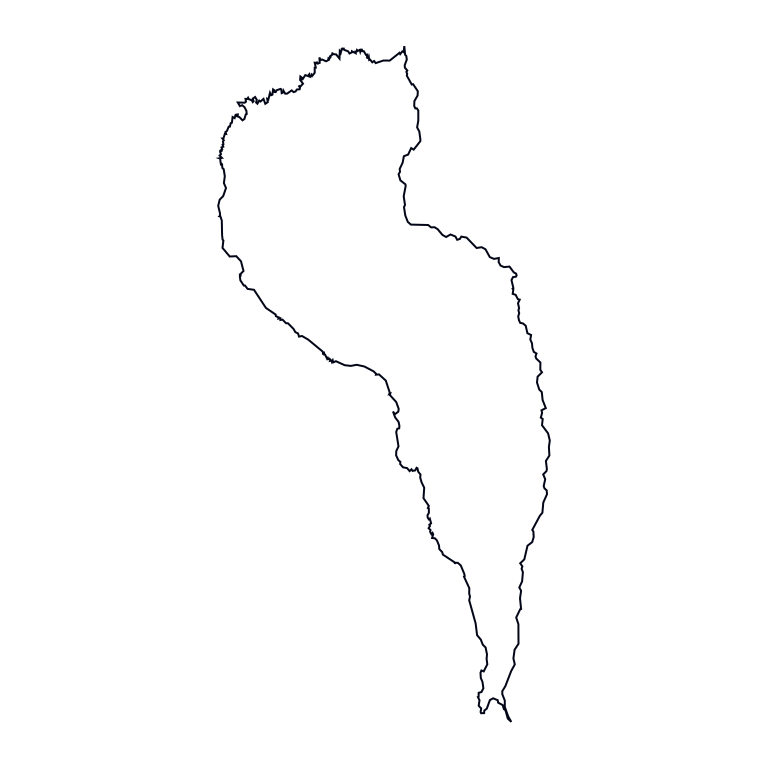 outline of Sao Francisco De Assis, Tarrafal de São Nicolau, Cabo Verde
{"feature_id": "66160863B96931694342339", "entity_name": "Sao Francisco De Assis", "entity_type": "district", "adm_level": 2, "iso_a3": "CPV", "parent_name": "Cabo Verde", "parent_adm1": "Tarrafal de São Nicolau", "projection": "equal_earth", "projection_center": [-24.37, 16.575], "detail": "fine", "context": "isolated", "style": "outline", "palette": "ink", "viewbox_px": 768, "rotation_deg": 0, "n_neighbors": 0, "source": "geoboundaries", "source_scale": "gbopen_adm2", "svg_char_len": 5999}
<svg xmlns="http://www.w3.org/2000/svg" viewBox="0 0 768 768"><path d="M404.3,46.1L403.7,52.2L402.3,51.4L400.2,54.1L399.5,52.8L389.7,60.6L383.5,60.5L375.7,63.1L374.1,61.0L372.3,62.3L370.1,59.6L369.2,60.0L368.8,56.9L368.2,58.2L367.0,57.6L367.3,54.6L366.0,54.9L363.8,51.2L362.2,51.2L361.9,49.7L360.7,49.7L360.2,51.6L359.7,49.9L357.9,50.8L357.0,50.0L356.6,51.5L355.5,51.5L355.7,53.2L352.0,51.3L352.0,52.3L349.5,53.5L348.1,51.3L344.3,49.9L343.8,48.7L342.8,49.2L342.2,47.8L342.2,49.0L340.9,49.3L341.6,49.5L340.2,55.0L340.6,51.8L339.8,50.9L339.5,58.6L336.1,54.4L332.8,54.1L332.2,52.5L332.4,54.5L330.0,56.4L330.5,57.1L329.4,58.6L328.5,58.2L328.3,59.5L328.9,59.4L329.0,59.7L326.1,61.3L322.1,59.5L320.5,60.1L319.4,57.4L319.7,62.9L317.9,63.6L317.0,62.4L315.3,64.2L315.8,62.8L314.7,62.7L315.8,67.6L314.7,67.7L314.7,72.8L312.7,75.3L311.8,74.6L311.7,76.2L309.7,75.7L309.3,74.2L308.8,74.8L309.6,76.6L305.3,75.1L302.5,79.4L301.5,79.2L301.8,77.6L300.4,76.5L300.1,79.9L303.0,83.7L300.1,86.8L298.6,85.5L300.0,87.5L299.6,89.3L296.9,89.5L295.5,91.5L293.6,92.1L291.7,90.4L287.1,93.6L285.2,93.7L283.6,90.9L283.4,92.4L281.7,93.1L281.3,89.4L280.5,88.9L276.5,90.3L275.7,92.1L274.0,91.9L274.2,90.2L273.1,89.4L272.4,94.7L271.1,95.2L270.0,92.8L268.4,99.4L267.2,98.8L267.8,102.1L265.3,103.8L263.5,98.9L260.5,101.5L259.2,100.6L257.4,103.7L256.1,102.5L256.8,99.8L255.1,97.0L252.8,98.6L253.6,101.3L252.8,102.1L251.8,100.3L248.9,99.2L248.1,97.7L247.2,99.0L245.5,98.9L246.0,101.7L244.7,102.7L237.8,102.5L239.9,106.1L242.2,105.2L244.5,107.2L246.4,110.8L246.7,114.0L245.8,114.3L244.4,119.0L242.5,120.3L239.4,117.1L236.8,116.2L237.8,115.2L237.8,114.4L235.6,114.8L234.6,118.1L232.6,117.0L231.9,122.7L230.7,123.2L229.9,126.6L228.7,126.7L226.9,131.0L225.5,132.0L226.1,133.9L224.9,133.7L223.4,138.5L222.4,138.5L223.8,140.3L223.0,141.4L223.4,144.3L222.6,144.7L223.3,146.7L221.5,147.4L222.2,149.4L220.6,150.4L221.4,151.0L220.1,151.9L221.0,154.1L219.6,155.6L221.9,157.9L219.4,158.3L220.2,158.6L220.6,162.7L221.7,163.9L220.2,164.7L222.0,164.6L222.4,168.0L223.7,169.2L224.8,176.2L223.9,183.1L226.0,188.0L223.2,196.1L219.7,199.6L218.2,205.8L219.9,212.9L220.1,215.6L219.4,216.3L220.5,216.6L221.8,220.6L222.1,235.4L222.6,239.7L223.4,240.5L222.5,247.9L229.7,256.5L236.3,256.2L241.0,261.3L243.5,271.0L240.6,273.9L240.6,275.2L239.9,274.9L239.9,277.0L240.4,280.4L243.8,285.5L245.0,285.5L247.6,288.9L254.0,289.8L265.9,307.9L275.7,314.6L275.9,316.2L278.7,317.4L278.4,318.6L280.3,318.2L280.4,320.0L282.5,319.6L286.0,323.2L288.0,323.3L293.6,329.0L295.3,332.1L298.1,333.5L299.0,336.6L302.0,336.0L308.2,339.6L322.7,351.6L323.0,353.5L324.0,352.9L324.2,354.6L325.1,354.6L327.1,358.8L327.8,357.9L328.3,359.1L329.3,358.6L330.4,359.7L330.0,360.9L331.6,360.6L331.9,361.7L332.7,360.3L333.2,362.4L335.9,361.2L344.7,365.2L350.8,365.9L356.7,364.8L364.4,366.5L373.7,371.4L376.1,373.8L375.9,374.7L379.0,374.4L385.8,380.6L389.8,392.8L389.3,393.9L390.3,393.5L389.9,395.1L396.2,402.0L398.7,408.9L398.3,411.7L394.9,414.2L393.0,411.5L395.1,417.3L398.6,422.0L399.4,425.8L399.2,428.3L397.3,428.8L396.2,432.0L398.5,446.4L396.3,451.0L396.1,455.3L398.3,460.1L400.3,461.8L400.2,464.1L403.0,467.3L407.1,468.1L409.6,471.1L411.5,469.3L412.6,470.9L415.2,470.4L416.6,467.8L417.5,468.3L418.2,471.7L420.5,474.6L420.2,477.6L421.6,482.4L424.2,487.7L423.5,498.2L428.8,505.9L427.9,508.0L428.8,508.4L428.9,512.8L427.5,515.3L427.7,517.6L428.9,519.4L429.8,518.6L431.1,523.3L429.3,524.8L430.0,525.9L428.6,528.2L430.5,530.0L430.1,531.8L431.4,534.2L432.5,532.9L433.2,534.3L432.1,538.0L434.9,538.3L436.9,540.4L439.0,545.5L439.3,549.1L442.2,552.1L442.9,554.6L454.8,562.5L454.9,563.9L455.3,562.8L457.8,562.8L460.8,565.5L464.3,573.9L464.7,576.1L464.0,576.6L469.3,588.2L469.2,593.7L470.0,596.5L469.2,600.3L475.6,623.3L477.1,635.2L480.8,639.6L482.8,644.7L485.6,647.5L487.0,654.4L486.6,658.8L487.3,664.3L483.7,671.4L481.4,670.5L480.5,672.8L480.8,677.9L482.5,682.0L483.4,688.3L481.4,692.1L478.7,692.8L478.6,696.6L477.9,697.0L479.5,700.2L478.7,705.8L481.2,708.4L480.6,712.0L481.1,713.2L484.1,713.1L484.3,710.6L486.8,708.6L489.9,700.1L493.1,698.3L497.7,700.2L498.1,702.6L502.7,705.1L503.9,709.1L505.5,710.4L507.8,718.6L511.3,721.9L508.2,716.4L504.8,706.9L504.8,700.6L502.3,694.2L502.3,691.1L505.3,686.3L511.2,671.0L514.8,664.4L513.4,658.4L514.6,649.7L518.5,643.8L518.4,624.2L516.2,617.5L520.2,609.2L521.1,609.0L520.0,598.3L521.1,590.8L519.3,587.5L522.1,581.4L522.9,572.2L521.6,568.7L522.4,566.4L520.2,563.3L524.3,559.4L527.5,545.7L532.2,542.1L533.7,537.0L533.4,531.6L532.3,529.9L539.9,515.7L542.4,512.7L543.3,502.5L547.0,494.2L546.7,490.4L544.5,488.4L543.7,486.1L545.2,479.2L543.2,474.4L546.4,471.2L546.9,469.1L545.9,461.0L549.4,455.5L548.9,447.0L549.8,440.5L548.1,433.4L542.0,425.2L542.7,419.0L540.8,417.6L542.1,413.0L541.5,410.3L545.8,408.1L542.6,400.0L541.8,392.1L539.3,389.6L537.0,382.6L537.6,376.7L542.0,372.3L540.3,369.8L540.4,362.5L536.2,358.5L535.5,356.4L536.5,353.5L533.8,351.9L532.4,347.9L532.0,343.4L530.3,339.4L531.1,335.0L527.4,333.2L525.7,325.7L522.9,323.4L520.2,322.9L519.0,320.3L518.2,316.4L519.2,313.2L518.4,310.2L519.1,308.2L518.0,303.3L519.7,299.6L517.9,299.2L515.6,294.8L512.7,293.9L513.3,289.7L512.6,288.8L513.4,288.2L511.5,280.1L513.0,277.1L515.9,276.7L516.6,275.5L516.1,273.6L513.8,272.4L509.5,266.6L504.0,267.1L500.6,265.6L498.7,262.2L498.8,258.0L494.0,258.9L489.8,257.1L485.5,249.3L481.7,247.2L476.6,248.0L466.6,237.6L461.3,236.6L459.9,238.9L457.2,239.8L455.4,236.5L450.5,234.5L446.1,237.0L442.4,234.9L437.7,229.2L434.5,227.2L431.2,227.4L428.1,225.0L410.9,224.6L407.8,221.9L405.3,215.5L404.0,207.1L405.0,204.9L403.7,196.3L405.7,185.8L405.4,184.3L400.4,180.4L398.6,174.3L400.0,171.8L399.7,168.9L402.6,162.8L403.9,156.2L408.1,154.6L411.2,148.1L413.7,149.6L420.3,141.2L420.4,139.6L419.3,131.5L417.1,127.4L418.3,120.7L418.3,110.5L416.8,108.3L415.3,108.4L414.2,105.9L414.4,101.1L417.6,95.5L417.8,91.2L413.1,84.2L411.7,84.5L406.8,75.6L407.2,74.0L406.4,71.9L407.3,70.5L404.9,67.7L404.7,65.2L406.8,59.5L406.3,56.0L405.1,54.7L404.3,46.1Z" fill="none" stroke="#020617" stroke-width="2"/></svg>